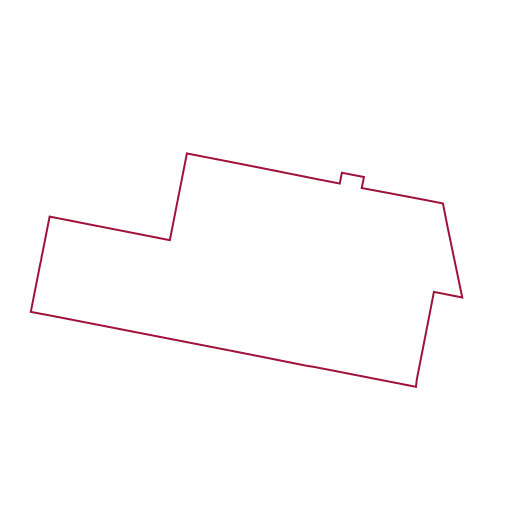 the district of Cibola, New Mexico, United States of America, rotated 11°
{"feature_id": "52423323B12149519863623", "entity_name": "Cibola", "entity_type": "district", "adm_level": 2, "iso_a3": "USA", "parent_name": "United States of America", "parent_adm1": "New Mexico", "projection": "robinson", "projection_center": [-108.196, 34.963], "detail": "fine", "context": "isolated", "style": "outline", "palette": "rose", "viewbox_px": 512, "rotation_deg": 11, "n_neighbors": 0, "source": "geoboundaries", "source_scale": "gbopen_adm2", "svg_char_len": 573}
<svg xmlns="http://www.w3.org/2000/svg" viewBox="0 0 512 512"><g transform="rotate(11 256 256)"><path d="M45.9,256.7L45.9,256.8L45.8,290.2L45.8,293.9L45.7,297.5L45.9,301.2L45.7,304.9L45.6,353.8L58.2,353.8L58.9,353.7L265.9,353.8L326.7,354.1L333.8,353.8L438.0,353.9L437.4,346.3L437.5,298.3L437.5,257.3L466.4,257.4L438.4,190.7L429.5,168.8L414.5,168.7L346.8,169.1L346.9,157.9L324.4,157.9L324.4,168.9L302.9,168.9L244.2,168.6L168.6,168.5L168.6,170.4L168.6,172.0L168.4,256.9L161.2,256.9L157.8,256.9L87.4,256.8L45.9,256.7Z" fill="none" stroke="#9f1239" stroke-width="2"/></g></svg>